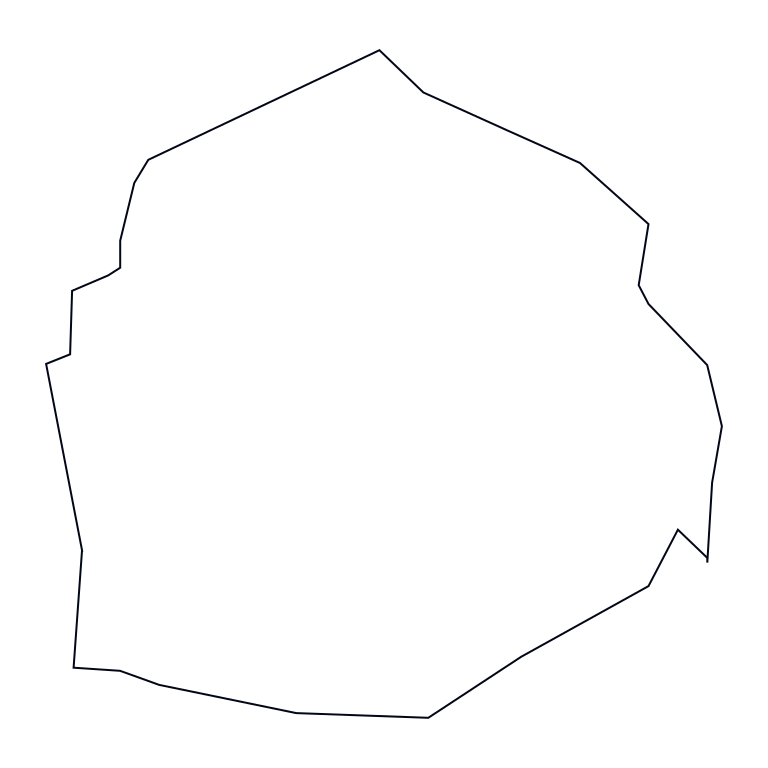 outline of Michuhol-gu [Nam-gu], Incheon, South Korea
{"feature_id": "91817680B16033238555875", "entity_name": "Michuhol-gu [Nam-gu]", "entity_type": "district", "adm_level": 2, "iso_a3": "KOR", "parent_name": "South Korea", "parent_adm1": "Incheon", "projection": "robinson", "projection_center": [126.663, 37.445], "detail": "fine", "context": "isolated", "style": "outline", "palette": "ink", "viewbox_px": 768, "rotation_deg": 0, "n_neighbors": 0, "source": "geoboundaries", "source_scale": "gbopen_adm2", "svg_char_len": 525}
<svg xmlns="http://www.w3.org/2000/svg" viewBox="0 0 768 768"><path d="M82.0,550.7L73.6,667.7L120.0,670.8L159.2,684.9L296.2,713.1L428.3,717.8L521.3,656.7L648.5,586.1L677.9,529.7L707.3,557.9L707.3,562.6L712.1,482.7L721.9,426.2L707.2,365.1L648.5,304.0L638.7,285.2L648.5,224.1L605.7,185.9L580.0,163.0L506.6,130.1L448.2,103.7L423.4,92.5L379.4,50.2L148.3,159.8L134.3,182.9L120.2,240.7L120.2,267.7L108.2,275.4L72.1,290.8L70.1,354.3L46.1,363.9L82.0,550.1L82.1,550.7L82.0,550.7Z" fill="none" stroke="#020617" stroke-width="2"/></svg>